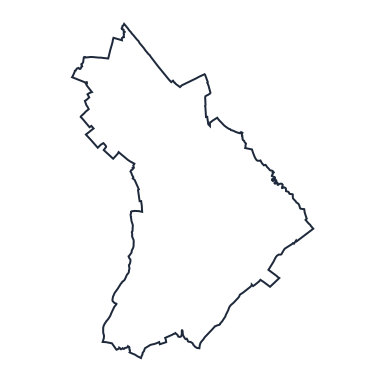 Arinis, Maramures, Romania (Mercator projection), rotated 271°
{"feature_id": "2599482B66299087407195", "entity_name": "Arinis", "entity_type": "district", "adm_level": 2, "iso_a3": "ROU", "parent_name": "Romania", "parent_adm1": "Maramures", "projection": "mercator", "projection_center": [23.212, 47.499], "detail": "fine", "context": "isolated", "style": "outline", "palette": "slate", "viewbox_px": 384, "rotation_deg": 271, "n_neighbors": 0, "source": "geoboundaries", "source_scale": "gbopen_adm2", "svg_char_len": 5959}
<svg xmlns="http://www.w3.org/2000/svg" viewBox="0 0 384 384"><g transform="rotate(271 192 192)"><path d="M341.8,136.0L343.8,134.0L347.6,130.8L349.1,129.3L351.0,127.9L352.8,126.1L354.0,125.4L358.9,121.2L357.6,120.6L357.2,120.3L357.0,119.7L356.6,119.5L355.4,119.4L354.7,118.9L354.2,118.8L353.6,119.1L353.4,120.4L353.2,120.7L352.9,120.8L352.2,120.6L351.7,120.8L351.1,121.9L350.5,121.8L350.1,121.0L349.8,120.9L349.2,120.9L348.3,121.3L347.4,121.0L345.6,121.3L345.4,120.8L345.5,120.1L344.7,119.3L343.7,119.1L342.5,119.3L344.8,110.8L342.5,110.2L340.2,109.9L332.5,107.8L324.0,105.9L324.6,99.6L324.8,98.5L324.7,97.3L325.1,91.7L325.2,91.2L325.2,88.2L324.6,83.2L325.1,82.9L325.2,82.4L324.8,81.5L320.0,80.9L318.5,80.1L318.2,79.8L318.0,79.2L317.8,79.1L317.2,79.5L316.3,79.4L316.0,79.9L315.7,80.0L315.0,79.1L314.5,79.1L313.2,78.3L313.1,78.0L313.1,77.5L314.1,76.4L314.1,76.2L313.6,76.0L313.5,74.9L313.3,74.6L311.3,73.5L311.2,72.8L310.1,72.6L305.7,70.7L304.7,70.1L299.8,83.0L298.6,84.0L299.8,84.3L300.0,84.5L299.9,85.0L298.8,85.1L297.5,84.5L296.7,84.9L290.1,90.2L289.4,88.1L287.9,85.8L284.8,87.6L282.4,85.1L281.2,83.3L277.0,84.9L274.8,86.4L273.0,87.3L270.5,84.3L269.0,83.0L266.0,79.9L265.1,79.4L263.2,81.3L255.0,88.4L256.3,90.2L253.8,92.5L247.6,84.9L241.9,90.4L234.6,97.0L237.6,99.9L238.9,101.8L239.3,102.6L236.9,104.8L236.0,105.3L235.4,105.2L232.4,103.0L223.9,112.6L229.0,117.1L230.6,117.9L223.0,127.3L221.4,129.8L219.3,133.9L217.4,132.8L215.2,133.5L214.9,133.1L214.9,132.2L213.9,132.4L213.6,132.2L213.2,131.8L212.8,130.9L211.4,130.1L210.3,130.9L208.1,131.7L205.7,133.1L204.6,132.5L203.0,134.5L193.7,138.8L193.0,138.0L184.3,139.4L181.9,139.8L182.0,141.3L177.7,142.0L171.3,142.5L171.9,139.5L172.1,135.7L171.7,132.1L171.2,131.4L169.7,131.4L168.3,131.0L166.8,131.2L166.2,131.5L165.3,131.4L164.3,131.7L162.3,131.9L157.9,133.4L151.9,133.2L151.1,132.6L150.8,132.5L149.4,132.9L146.7,132.9L145.7,133.2L143.1,134.4L141.6,134.6L136.6,134.5L135.0,134.1L132.5,132.8L130.4,132.6L127.2,130.4L126.6,129.7L124.3,130.7L123.6,131.5L122.4,131.7L120.2,131.4L118.5,130.8L117.8,130.2L114.4,130.8L112.1,130.3L111.1,130.3L109.8,129.8L108.2,128.4L103.2,126.3L101.8,125.0L101.1,123.9L100.0,123.3L99.3,122.6L94.1,119.5L89.7,116.4L85.8,114.8L82.6,114.3L81.5,114.6L79.7,116.4L79.0,118.4L78.8,118.5L77.8,117.9L75.8,116.3L69.6,113.5L66.7,112.4L63.6,110.5L61.4,108.7L58.6,106.9L56.5,106.0L55.0,105.6L51.3,105.6L49.2,105.8L47.0,106.5L45.5,106.5L43.9,106.3L40.5,105.3L40.4,108.5L39.3,114.6L33.0,119.2L33.2,119.9L34.4,122.0L35.1,122.0L34.9,122.4L33.7,123.4L33.5,123.8L33.9,124.4L34.1,125.1L34.6,125.4L33.9,126.5L34.2,127.1L34.8,127.6L35.3,129.5L35.8,130.0L35.8,130.8L36.4,130.9L36.6,130.9L36.5,131.1L35.9,131.6L35.9,131.9L35.6,132.1L33.3,132.2L33.1,132.6L32.8,132.7L31.0,132.7L30.6,132.4L30.4,132.7L28.3,138.0L26.7,140.5L25.1,143.9L26.9,144.4L28.7,145.3L30.2,145.4L32.2,146.8L34.5,147.5L35.0,147.8L38.4,153.1L39.1,155.7L39.2,156.5L40.1,159.0L41.4,161.8L39.2,162.5L41.4,168.8L43.8,168.4L45.7,167.7L48.8,174.5L49.9,176.3L49.9,176.9L50.7,177.9L49.9,178.6L49.0,179.9L47.2,180.8L46.9,181.9L47.1,183.2L47.8,183.8L49.7,184.3L52.9,184.2L53.5,184.3L53.5,184.7L52.9,185.0L49.5,185.3L48.1,185.8L45.4,187.5L45.1,187.8L44.8,188.5L44.9,189.2L45.1,189.4L44.4,189.9L43.1,190.3L42.3,191.0L42.0,193.3L40.9,195.1L39.3,196.0L37.3,197.8L36.1,199.8L35.9,202.1L38.7,202.4L40.9,203.0L42.6,204.0L44.7,205.8L47.0,207.3L54.4,214.1L58.2,217.4L58.2,217.8L59.0,219.3L59.6,221.4L60.2,222.3L60.9,222.4L63.2,224.4L68.1,227.5L69.7,228.0L74.5,230.3L76.7,231.0L78.3,231.8L79.6,232.8L82.0,235.5L87.4,240.4L88.4,241.0L90.0,241.6L90.5,242.1L91.9,244.3L98.1,251.9L98.8,252.6L100.1,253.4L100.4,253.4L99.0,254.7L100.3,256.5L103.8,260.7L105.4,261.9L103.9,264.2L103.8,264.5L98.6,271.7L107.5,280.8L108.8,278.8L109.7,277.9L115.5,269.8L123.5,274.6L127.3,276.4L129.0,277.4L130.1,278.5L131.0,280.0L130.9,281.5L131.3,282.5L134.4,284.1L136.5,285.4L137.2,286.1L141.6,292.8L142.7,293.9L142.1,294.8L145.4,297.0L144.5,297.5L157.4,313.9L160.2,311.4L161.3,310.7L162.6,309.1L166.1,306.0L167.1,307.0L167.6,307.2L168.3,306.8L173.6,305.0L176.8,304.5L177.1,301.6L177.2,300.9L177.5,300.4L180.5,299.5L181.5,299.0L182.3,298.3L183.4,296.6L184.8,295.6L187.2,293.2L188.3,292.9L191.3,292.8L191.6,292.3L191.8,289.7L192.2,289.2L193.0,289.1L193.7,288.5L194.1,287.7L194.3,286.6L194.5,286.0L197.0,285.8L197.3,285.7L197.9,285.0L198.3,283.8L197.5,282.5L197.5,282.0L198.1,281.9L200.6,282.6L201.6,281.9L201.8,281.5L201.9,280.8L201.8,280.0L201.4,278.8L200.7,278.2L200.7,277.6L201.1,277.3L202.5,277.3L202.8,277.2L203.0,276.9L202.7,276.2L201.8,274.9L202.4,274.3L204.6,276.1L205.2,276.0L205.4,275.5L205.5,274.1L204.5,273.0L204.4,272.6L205.2,271.8L205.7,271.7L206.4,272.1L206.8,273.9L207.3,274.8L208.1,274.6L208.4,274.2L209.3,271.6L209.9,271.6L211.6,272.5L212.6,272.3L212.6,272.8L213.0,273.4L214.1,272.6L214.6,271.9L214.9,270.8L215.0,269.9L215.3,269.4L216.7,268.3L218.5,266.4L219.4,265.9L220.4,265.1L220.3,264.5L219.9,263.4L222.0,261.4L224.7,259.9L224.4,259.0L224.4,257.2L224.6,256.6L225.3,255.8L226.9,254.7L227.8,254.2L232.4,252.3L235.6,251.2L236.9,244.4L238.1,244.7L239.7,244.7L241.3,245.1L242.7,243.8L244.1,243.2L245.0,241.9L246.1,241.6L247.3,241.6L248.1,241.2L248.8,241.4L249.1,241.0L251.3,240.8L251.4,241.2L252.1,241.4L252.7,240.1L251.8,239.7L252.0,239.1L251.6,238.8L251.7,238.4L252.5,235.5L254.2,231.6L254.6,229.8L255.4,229.2L255.6,228.3L256.3,226.9L258.8,223.3L264.4,217.7L266.7,215.9L263.4,210.9L262.5,210.1L262.1,209.1L261.0,208.7L258.3,208.8L260.0,207.1L267.4,205.9L267.2,204.7L278.3,203.8L278.4,203.6L279.3,204.0L286.8,203.5L288.0,203.8L288.9,205.2L289.2,206.0L290.7,208.2L291.0,208.5L291.6,208.7L298.8,206.6L301.5,205.4L301.8,205.8L302.6,205.7L309.5,203.0L310.0,202.5L307.2,196.8L305.8,194.4L298.5,180.0L296.7,178.2L299.7,174.0L300.4,173.3L300.7,172.8L301.1,172.8L301.7,171.9L302.9,171.2L303.0,171.1L301.5,169.3L303.8,167.1L317.4,155.6L326.2,148.6L328.1,147.3L329.3,145.9L332.9,142.8L334.8,141.5L340.1,136.9L341.8,136.0Z" fill="none" stroke="#1e293b" stroke-width="2"/></g></svg>